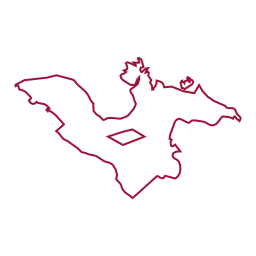 the border of Camarines Sur
{"feature_id": "PHL-2538", "entity_name": "Camarines Sur", "entity_type": "Province", "adm_level": 1, "iso_a3": "PHL", "parent_name": "Philippines", "parent_adm1": "", "projection": "mercator", "projection_center": [123.353, 13.672], "detail": "fine", "context": "isolated", "style": "outline", "palette": "rose", "viewbox_px": 256, "rotation_deg": 0, "n_neighbors": 0, "source": "natural_earth", "source_scale": "10m", "svg_char_len": 3315}
<svg xmlns="http://www.w3.org/2000/svg" viewBox="0 0 256 256"><path d="M93.5,103.5L93.2,105.3L93.7,111.1L96.4,114.3L99.9,116.7L103.0,119.9L104.2,119.9L107.5,118.1L111.4,117.9L119.9,118.7L121.6,118.4L126.5,116.4L128.2,115.4L133.8,108.8L134.7,106.9L135.0,105.8L135.6,104.8L135.9,103.7L134.8,101.6L133.0,95.6L130.5,92.0L130.4,89.6L135.7,85.8L136.3,85.1L137.6,84.1L138.5,81.9L139.1,79.3L139.2,77.2L137.5,79.0L135.5,84.0L134.2,85.1L131.9,85.0L130.4,84.8L123.1,80.2L121.3,78.3L120.5,75.5L122.0,74.2L124.8,73.2L126.2,72.0L123.8,70.5L127.0,69.2L127.4,67.3L125.9,63.1L127.4,62.3L130.7,63.4L135.8,65.9L135.8,64.9L135.2,64.4L133.6,62.5L138.2,62.8L139.2,62.5L139.1,61.4L137.8,58.5L138.6,58.0L140.7,58.9L142.0,61.3L143.4,67.1L140.7,67.8L140.2,69.7L140.9,71.6L141.8,72.1L144.7,69.4L146.0,68.5L147.9,68.2L147.1,69.2L145.6,72.6L147.3,72.0L147.9,71.6L148.8,72.6L148.2,75.6L151.3,80.2L150.1,82.7L151.1,84.2L151.9,85.9L152.2,87.7L152.2,89.6L153.3,89.6L154.1,87.5L155.4,85.9L156.4,83.9L156.6,80.6L159.7,81.4L161.8,82.4L163.2,84.1L164.2,87.3L171.6,86.6L183.3,91.2L194.3,93.2L199.1,85.1L202.6,91.2L207.6,96.6L213.8,100.9L225.3,105.9L225.7,106.5L225.9,107.0L226.4,107.5L228.3,108.1L232.2,108.1L234.1,108.7L235.1,109.7L237.3,114.4L240.0,116.9L240.6,118.7L239.5,121.1L236.8,118.9L235.9,117.8L235.0,116.5L234.1,116.5L233.8,117.2L233.0,118.7L230.6,117.6L227.9,116.9L222.6,116.5L221.1,117.9L218.9,121.0L216.1,124.1L212.7,125.5L209.8,124.8L204.1,121.8L195.3,120.4L191.9,120.5L190.4,121.6L188.9,122.9L185.6,121.7L181.9,119.7L179.4,118.7L176.6,119.7L174.9,121.9L169.9,135.5L169.6,138.9L170.9,139.2L171.6,139.7L171.2,140.7L170.8,141.4L170.7,142.2L170.7,144.0L171.2,145.9L172.2,146.4L173.6,145.8L175.1,144.6L180.3,151.4L178.8,151.4L175.9,151.8L173.5,153.0L172.5,155.4L173.3,157.5L175.1,158.8L177.2,159.9L178.8,161.6L180.1,165.2L180.4,169.1L179.8,172.9L177.9,176.3L175.7,178.2L173.8,178.3L171.9,177.6L165.2,175.8L164.6,176.2L164.2,177.1L163.6,178.0L162.6,178.3L159.7,177.5L158.3,176.3L156.9,176.2L133.6,197.2L132.3,198.0L131.0,196.6L125.1,192.4L122.7,189.4L122.0,188.0L121.2,185.4L120.5,183.9L116.2,179.3L117.1,174.8L115.6,169.3L112.6,164.6L109.0,162.6L104.5,161.4L96.1,156.0L91.6,154.8L88.9,154.4L85.3,152.9L82.8,152.5L81.3,151.8L77.4,148.1L67.5,141.0L65.5,140.1L63.3,138.9L58.5,133.0L56.2,131.1L63.9,124.4L56.1,115.6L52.2,112.3L47.3,109.8L47.3,110.8L46.4,109.8L47.3,108.7L49.4,108.6L48.6,107.2L46.4,105.4L44.2,104.1L38.0,102.9L36.5,101.9L34.6,103.7L32.5,103.9L30.5,102.8L28.9,100.7L29.2,100.0L30.3,99.2L31.1,98.2L30.5,96.9L25.7,92.0L23.7,90.8L21.6,90.0L19.6,89.6L18.9,88.5L18.5,86.4L17.6,84.9L15.7,86.1L15.4,85.2L15.8,84.7L24.4,80.2L46.7,77.7L56.4,75.3L71.2,79.2L73.6,80.0L74.8,81.1L75.8,82.5L77.3,84.3L85.3,91.5L87.7,94.4L90.6,100.0L92.4,102.6L93.5,103.5ZM123.0,145.0L144.4,136.6L132.5,129.5L121.8,132.1L108.0,136.6L123.0,145.0ZM191.5,80.1L192.3,80.2L193.2,82.2L192.2,84.2L184.5,89.2L183.8,88.7L183.4,88.2L182.9,88.0L182.5,88.1L181.8,88.0L181.4,86.7L181.2,85.1L180.7,83.9L180.5,83.0L181.7,80.9L182.2,80.7L182.3,81.6L182.6,82.1L183.3,82.0L183.9,82.4L184.4,83.1L184.5,82.7L184.6,81.5L185.3,80.9L186.2,80.9L187.0,80.4L187.8,80.4L188.6,80.9L189.0,81.3L189.3,82.0L189.7,82.0L189.6,81.0L189.4,80.4L188.4,78.9L188.1,79.1L187.6,79.1L187.2,78.4L187.4,77.4L188.0,77.2L189.6,78.2L190.7,79.6L191.5,80.1Z" fill="none" stroke="#9f1239" stroke-width="2"/></svg>